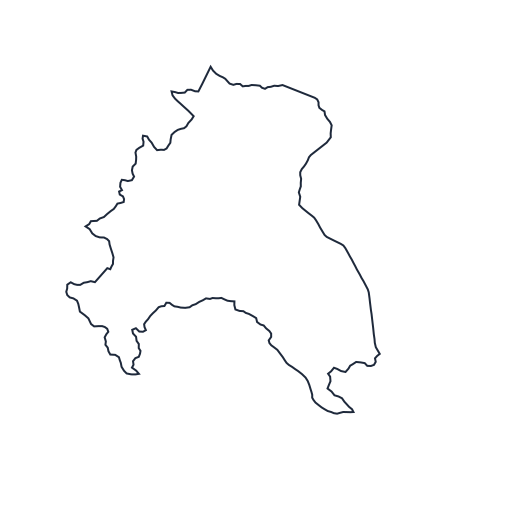 Barrolândia, Tocantins, Brazil, rotated 300°
{"feature_id": "56859067B29038650995578", "entity_name": "Barrolândia", "entity_type": "district", "adm_level": 2, "iso_a3": "BRA", "parent_name": "Brazil", "parent_adm1": "Tocantins", "projection": "mercator", "projection_center": [-48.818, -9.896], "detail": "fine", "context": "isolated", "style": "outline", "palette": "slate", "viewbox_px": 512, "rotation_deg": 300, "n_neighbors": 0, "source": "geoboundaries", "source_scale": "gbopen_adm2", "svg_char_len": 4476}
<svg xmlns="http://www.w3.org/2000/svg" viewBox="0 0 512 512"><g transform="rotate(300 256 256)"><path d="M233.1,412.1L236.9,405.4L240.2,402.3L243.4,400.1L247.2,397.1L252.2,393.5L258.5,388.8L263.5,385.1L266.6,382.6L272.7,378.0L276.1,375.5L280.9,371.8L283.0,369.5L285.6,365.4L288.0,361.6L289.8,358.3L291.7,355.4L294.9,349.9L296.7,347.2L298.8,343.8L300.8,340.7L302.6,337.5L304.3,334.8L307.5,329.4L308.8,326.4L308.9,323.3L308.6,319.1L308.4,316.3L308.1,311.3L307.9,307.7L308.5,304.9L310.3,301.6L312.8,297.1L314.8,294.0L317.0,290.0L318.3,287.2L318.8,284.3L319.4,279.7L320.0,275.9L320.6,272.2L321.9,267.7L329.4,264.7L332.5,261.3L335.5,260.6L338.7,260.0L341.7,258.2L345.4,256.5L348.1,253.9L350.7,252.4L354.2,252.2L357.5,252.8L360.9,253.1L364.8,253.0L368.0,252.5L370.9,253.0L389.5,260.5L396.2,261.4L399.6,259.3L402.8,257.9L407.0,256.2L409.1,253.0L410.5,249.1L412.6,245.3L415.5,243.0L415.5,240.2L416.0,236.8L417.8,234.8L420.4,233.3L422.2,230.7L422.4,227.8L417.3,193.5L414.2,190.1L412.6,186.7L409.9,184.2L408.1,181.7L405.3,180.2L404.7,177.1L405.4,174.2L403.8,170.5L401.9,166.7L399.6,164.6L398.1,162.0L396.3,159.7L397.0,156.2L395.2,153.0L392.9,150.8L392.1,146.9L393.2,143.5L394.1,140.8L394.2,137.9L393.8,134.5L393.9,130.4L395.1,126.0L397.2,122.1L378.1,123.4L369.7,123.8L368.2,120.9L367.5,116.6L365.6,113.5L361.9,112.6L359.8,109.6L358.2,107.0L357.5,104.0L356.3,100.6L353.4,103.4L351.8,107.2L350.9,110.8L350.3,113.8L349.3,118.3L347.9,124.9L345.9,132.1L342.1,132.0L337.4,130.9L333.5,130.9L330.7,129.8L328.6,127.4L326.1,125.2L322.7,123.5L318.7,122.3L314.3,123.8L311.2,125.2L307.8,124.9L304.4,124.8L301.9,123.3L300.5,120.5L298.2,117.4L299.5,113.2L302.0,108.9L303.2,105.2L305.1,102.0L303.7,98.0L300.9,99.1L298.7,101.5L295.2,103.1L291.3,100.8L288.1,99.4L285.3,99.9L282.1,102.6L279.3,104.1L275.8,105.6L271.8,104.5L268.2,105.7L265.6,108.0L263.8,110.7L259.6,110.6L256.8,107.5L256.1,104.6L254.9,101.7L251.6,102.0L248.0,103.7L246.0,107.0L243.4,105.2L241.1,107.3L241.1,111.0L239.3,113.3L236.6,114.4L234.2,112.2L232.1,109.8L229.0,109.7L225.6,109.3L222.4,107.8L217.9,106.1L213.7,104.8L210.4,102.0L206.9,100.6L205.2,98.0L203.6,95.6L200.2,95.6L196.4,93.6L196.1,98.5L193.7,102.9L193.1,107.2L194.0,111.4L196.0,115.1L196.2,118.6L195.4,121.4L192.8,123.4L190.1,126.3L186.6,130.2L183.6,133.3L180.3,134.6L177.6,136.1L174.6,136.1L171.7,136.4L171.1,133.3L152.8,129.6L151.6,125.5L149.0,123.0L146.7,120.2L143.1,118.2L141.6,115.6L140.7,112.6L140.6,108.7L136.8,106.9L133.5,108.7L130.1,109.6L127.8,112.1L127.0,115.4L128.0,119.1L127.8,123.3L125.7,126.0L123.2,128.3L119.8,131.3L119.1,137.4L118.2,142.0L116.2,144.9L114.6,147.2L114.1,151.0L116.4,154.5L118.3,157.7L118.9,160.5L118.6,163.5L116.5,166.0L113.5,165.5L109.9,165.6L106.9,168.7L103.8,170.0L102.5,173.4L99.7,175.9L97.8,179.1L100.0,183.5L99.8,187.9L97.7,190.1L95.9,192.3L92.8,195.0L90.6,199.1L89.6,202.7L91.1,207.1L93.1,210.7L95.4,213.5L96.8,209.6L97.3,204.4L100.6,204.3L103.4,202.1L107.2,202.6L110.1,204.9L113.4,204.4L116.1,203.4L117.6,200.5L121.2,198.5L122.8,195.0L126.1,192.5L127.4,188.2L130.2,185.7L133.4,188.1L132.2,192.7L133.9,196.0L136.7,197.7L138.7,195.0L141.0,193.2L144.0,193.4L147.2,194.1L151.2,194.4L154.9,195.3L158.7,196.5L163.0,197.3L165.1,199.1L166.9,201.7L170.7,201.7L172.2,204.6L171.7,207.7L171.6,210.5L172.8,213.5L173.7,216.6L175.7,220.6L178.4,224.1L181.5,225.5L184.2,227.9L187.9,229.8L191.1,232.1L194.3,233.9L195.8,237.6L197.9,239.4L199.2,242.1L200.6,244.6L202.4,247.0L202.6,249.9L203.0,253.6L204.3,256.8L205.9,260.0L202.6,261.8L199.4,264.9L200.2,269.2L201.9,272.7L201.6,275.6L202.3,278.8L202.4,283.4L202.3,287.2L199.4,289.9L198.9,294.1L199.7,297.4L198.4,300.9L197.7,305.1L196.4,307.9L193.5,309.6L189.3,309.2L187.3,311.2L186.3,313.9L186.0,316.8L185.4,321.4L183.8,325.1L181.8,329.8L180.1,333.0L178.7,335.9L178.1,338.9L178.0,342.8L177.6,346.6L177.4,349.9L176.7,354.9L175.5,359.7L173.6,363.3L171.0,366.6L167.9,369.9L166.0,372.0L163.9,374.1L161.4,375.5L160.0,377.9L158.8,380.8L158.2,384.8L157.7,388.5L157.6,391.7L157.6,395.6L158.5,399.2L158.8,402.0L160.0,405.1L162.2,407.2L164.5,409.5L166.4,413.0L167.9,415.8L169.6,418.4L171.3,415.8L171.9,412.0L173.1,408.3L174.0,405.4L175.8,401.6L175.6,397.7L174.6,393.6L176.4,389.2L177.0,384.2L180.9,383.6L184.8,383.1L188.6,380.5L190.1,377.3L193.7,378.7L198.2,379.4L198.8,382.8L198.9,387.2L200.3,391.5L204.7,392.4L208.1,392.4L210.5,393.8L214.3,395.7L216.2,399.9L217.6,403.7L216.5,407.3L218.2,410.5L220.7,412.6L224.2,412.6L226.9,410.2L230.1,410.9L233.1,412.1Z" fill="none" stroke="#1e293b" stroke-width="2"/></g></svg>